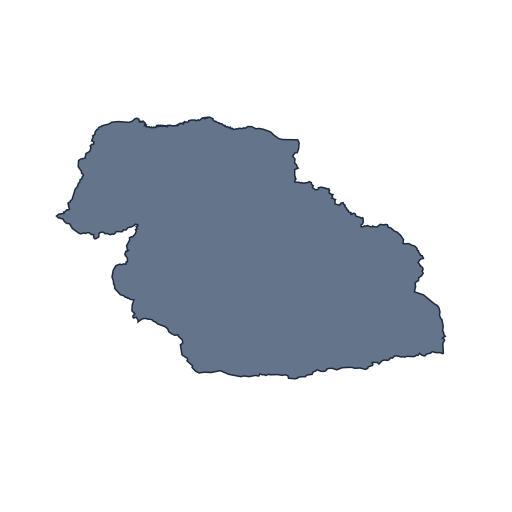 Padre Abad, Ucayali, Peru, rotated 282°
{"feature_id": "86281439B41758290509877", "entity_name": "Padre Abad", "entity_type": "district", "adm_level": 2, "iso_a3": "PER", "parent_name": "Peru", "parent_adm1": "Ucayali", "projection": "equal_earth", "projection_center": [-75.247, -8.814], "detail": "fine", "context": "isolated", "style": "filled", "palette": "slate", "viewbox_px": 512, "rotation_deg": 282, "n_neighbors": 0, "source": "geoboundaries", "source_scale": "gbopen_adm2", "svg_char_len": 6087}
<svg xmlns="http://www.w3.org/2000/svg" viewBox="0 0 512 512"><g transform="rotate(282 256 256)"><path d="M253.6,52.5L252.1,55.0L252.5,56.3L252.0,57.1L252.1,59.4L250.0,61.3L248.5,64.0L248.9,66.8L244.7,70.7L241.4,78.2L241.2,79.8L242.8,83.0L242.6,84.6L243.9,86.4L244.1,88.3L242.7,90.5L243.2,92.7L240.1,93.6L239.3,94.6L239.6,95.8L242.1,98.3L244.6,97.7L246.2,98.1L247.4,100.5L247.5,102.0L246.4,103.7L247.0,105.5L246.5,109.0L247.8,111.1L247.5,111.9L248.3,113.0L250.9,114.4L251.8,119.7L252.4,120.5L253.8,120.6L254.5,123.6L257.0,124.7L258.7,128.3L260.9,130.8L262.0,131.1L262.1,133.7L260.9,134.3L260.0,132.6L258.0,134.1L257.0,132.6L255.4,133.7L252.5,133.3L249.0,131.2L249.0,130.3L247.6,128.4L245.4,129.1L239.1,127.3L235.2,129.0L235.0,130.0L233.9,129.3L233.6,127.7L230.2,127.4L227.2,130.6L223.7,131.5L223.2,130.2L220.9,130.4L220.7,128.0L219.6,126.7L219.7,124.5L217.4,120.9L212.2,119.3L205.5,119.5L202.2,121.6L198.8,122.6L197.5,124.0L195.0,124.4L190.0,131.3L189.6,134.9L188.5,136.7L188.7,138.2L188.0,139.1L188.2,140.3L187.4,142.1L187.7,145.8L183.0,145.1L176.6,146.0L174.2,149.6L172.0,148.1L170.6,148.3L169.9,149.3L171.2,151.5L170.9,152.0L168.5,154.1L167.0,154.3L170.7,157.5L171.2,158.8L172.0,161.0L171.7,163.0L172.2,165.9L171.8,168.2L170.8,169.2L170.6,171.2L169.1,173.8L168.0,181.6L166.4,184.8L163.7,186.5L162.4,189.7L161.6,193.0L162.6,196.0L161.4,196.8L158.4,201.5L155.5,202.4L153.4,200.5L143.9,204.2L141.6,210.1L140.4,210.8L139.1,210.3L135.4,216.8L133.7,216.6L130.7,220.9L129.8,224.6L131.8,230.3L132.6,236.0L136.4,244.8L134.6,254.0L134.8,266.3L136.2,269.2L136.6,274.5L139.0,279.9L139.2,283.7L141.5,284.3L141.1,286.9L141.7,289.0L141.1,290.2L143.1,293.3L142.7,294.4L144.5,301.7L144.7,306.1L145.9,309.5L145.4,312.3L143.2,313.2L144.0,319.7L145.0,322.0L145.8,322.1L147.1,324.6L148.2,329.3L150.2,330.7L151.9,335.5L154.5,335.9L155.9,338.4L157.4,339.5L156.7,343.5L157.4,347.2L159.2,348.8L160.6,349.0L162.0,353.6L161.5,358.7L164.6,363.4L166.3,369.7L167.0,373.1L166.7,376.0L168.1,381.1L167.9,386.9L169.5,388.7L170.8,388.7L173.1,392.6L174.0,392.9L176.0,391.7L177.1,396.8L175.9,398.7L179.5,400.9L180.8,402.7L181.2,406.1L181.9,407.5L184.3,408.8L184.5,410.8L186.8,412.0L187.6,414.4L187.4,419.1L188.1,420.7L187.9,422.3L189.2,424.3L190.5,431.8L192.3,433.5L192.5,435.1L194.8,436.2L193.6,438.6L193.2,441.1L193.7,442.4L195.5,443.1L197.3,447.0L199.1,448.2L198.9,452.3L199.8,456.3L199.3,458.9L199.7,459.5L209.4,456.9L212.8,458.0L213.8,457.3L214.1,455.4L215.0,455.7L216.8,457.9L218.3,456.0L220.3,455.4L221.4,454.2L226.3,453.7L232.4,451.1L233.6,449.4L236.5,447.7L239.5,447.6L243.5,445.6L245.2,443.6L246.6,439.7L252.8,428.0L253.9,418.4L259.9,418.4L262.3,417.1L264.5,418.5L265.7,420.1L268.6,419.7L271.1,422.1L273.9,423.1L275.8,421.6L277.5,422.3L279.5,421.2L279.8,419.7L280.8,419.0L280.8,418.2L281.7,417.9L283.4,415.9L287.1,417.5L288.4,420.3L290.8,418.6L290.9,416.5L291.9,416.2L293.7,414.1L294.8,413.9L295.5,412.3L297.0,411.9L298.8,408.9L298.9,406.3L299.9,402.8L298.8,398.5L298.9,397.2L302.7,396.9L306.4,393.0L308.7,389.1L309.1,386.1L311.3,382.6L311.7,379.3L313.9,378.0L313.8,375.9L313.0,374.7L312.8,370.9L309.7,368.4L309.2,366.2L309.5,363.9L308.9,363.9L308.4,362.0L309.0,358.5L308.2,358.1L308.1,355.8L306.7,354.5L306.6,352.7L308.0,352.2L309.3,353.4L311.6,353.9L315.3,352.8L315.6,352.1L314.8,351.3L315.4,350.0L315.7,345.7L317.9,344.2L318.2,343.3L317.9,342.1L316.8,341.3L316.6,340.1L318.2,339.9L318.2,337.9L318.7,337.1L319.5,337.0L320.5,335.1L321.7,334.6L322.8,332.6L324.3,332.6L325.2,330.4L326.3,330.1L325.5,328.2L323.0,327.0L323.4,322.5L326.5,321.7L327.7,322.1L328.3,318.3L329.6,318.7L330.5,317.8L332.1,318.5L331.9,316.7L332.7,315.7L332.5,314.7L334.4,313.9L335.4,314.4L337.0,313.1L336.3,311.3L336.8,310.5L336.9,305.4L335.8,302.9L335.2,303.3L333.8,302.4L333.2,300.4L334.6,297.0L336.8,297.3L337.5,295.5L339.3,294.9L339.8,292.5L338.7,291.5L337.1,287.4L337.3,285.5L336.8,284.8L337.0,282.7L336.3,278.6L337.2,278.2L339.7,279.1L339.9,278.2L340.9,278.3L342.9,277.1L348.6,275.9L350.7,279.0L351.5,277.8L353.5,276.8L355.2,274.3L358.9,274.0L361.3,271.0L364.9,272.7L365.7,274.8L369.7,275.4L375.5,274.7L378.3,272.7L375.4,257.5L375.5,254.1L377.9,248.4L380.4,244.5L381.5,236.8L381.4,232.3L380.4,229.5L381.6,224.9L381.0,221.1L378.6,218.8L378.9,217.5L377.8,216.1L377.4,212.7L376.5,211.9L376.4,210.4L375.4,208.9L375.2,208.0L375.9,206.4L375.3,206.1L375.9,205.1L375.8,203.8L376.5,203.9L376.0,202.9L376.6,201.3L376.1,200.6L376.4,198.6L377.2,198.6L377.1,196.9L378.3,195.0L377.9,193.7L378.5,192.4L378.1,191.8L378.6,191.4L378.9,188.9L379.4,188.7L379.1,187.1L380.8,185.1L381.4,185.3L382.2,181.3L381.0,179.8L381.6,179.3L381.0,178.8L380.9,177.9L380.4,178.4L379.6,177.5L380.1,177.1L380.2,175.8L379.6,175.4L379.9,174.9L376.9,172.5L377.2,171.2L375.8,169.3L376.3,168.2L375.7,165.0L374.4,162.0L373.3,162.0L372.3,160.4L372.6,158.1L371.1,157.8L371.3,157.1L370.6,156.6L370.0,157.0L370.2,154.3L368.1,152.1L367.6,152.7L367.2,152.1L367.4,151.2L367.0,151.0L365.8,146.8L366.1,144.8L365.3,143.6L365.7,142.8L364.5,142.4L364.5,141.3L363.9,141.6L364.1,140.2L364.6,140.4L364.2,138.3L364.7,137.2L363.9,137.8L364.0,136.3L363.3,136.8L363.3,135.6L362.6,135.6L363.2,135.4L362.8,134.4L363.7,134.7L363.5,133.1L362.7,133.5L362.8,131.7L361.8,131.9L361.6,132.6L361.3,130.9L360.7,130.9L360.8,129.2L360.3,129.0L359.8,127.5L360.4,127.1L359.7,126.3L360.2,124.7L359.5,122.0L360.2,121.8L360.3,120.2L361.4,121.2L361.5,119.9L362.7,120.3L363.8,118.8L363.7,117.5L364.4,117.3L363.4,116.4L363.9,115.4L363.1,115.2L362.9,114.1L365.5,113.0L366.0,110.8L365.1,109.1L362.2,107.0L360.3,104.0L358.9,93.4L356.9,87.1L354.5,84.7L351.7,78.9L348.9,75.4L347.2,75.1L346.6,74.0L343.7,72.8L341.5,73.1L339.4,71.2L338.3,72.0L334.5,71.2L333.9,73.8L331.4,73.8L331.1,72.2L329.2,70.9L327.7,72.0L323.8,71.7L320.9,68.4L316.2,68.4L314.2,64.2L312.5,62.6L306.5,63.5L302.4,67.7L300.6,68.3L300.0,69.8L299.0,70.5L297.5,69.6L295.1,69.5L294.2,68.1L291.6,68.2L289.9,67.1L287.4,67.1L283.6,65.2L272.9,64.3L271.5,63.0L270.2,63.0L269.1,61.3L267.9,61.2L267.1,62.3L266.2,62.1L262.9,63.8L262.2,63.1L261.8,61.3L259.2,59.8L259.0,58.7L257.7,59.2L256.0,54.5L253.6,52.5Z" fill="#64748b" stroke="#1e293b" stroke-width="1.5"/></g></svg>